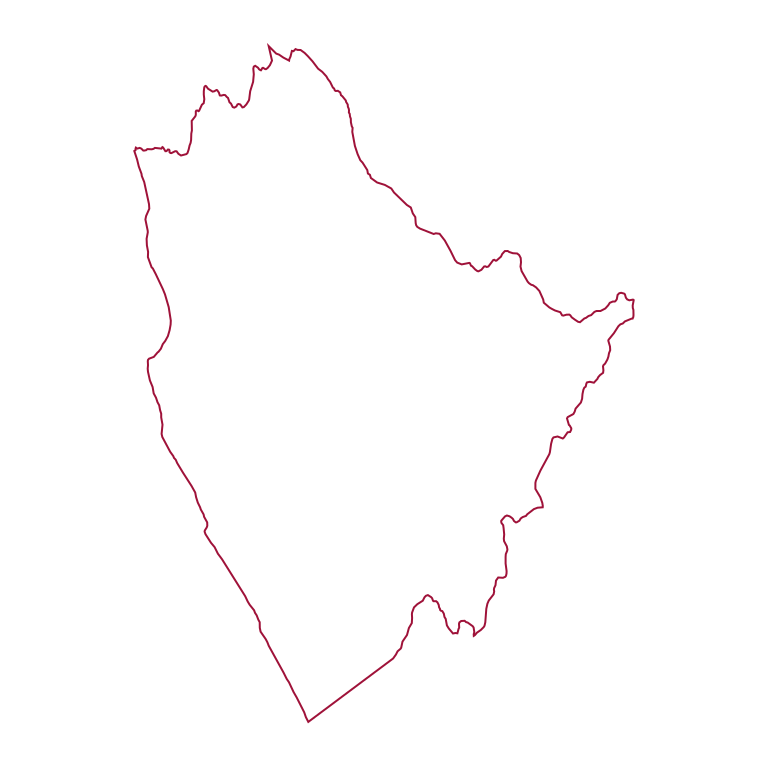 Pacasmayo, La Libertad, Peru
{"feature_id": "86281439B1064179091614", "entity_name": "Pacasmayo", "entity_type": "district", "adm_level": 2, "iso_a3": "PER", "parent_name": "Peru", "parent_adm1": "La Libertad", "projection": "equal_earth", "projection_center": [-79.413, -7.429], "detail": "fine", "context": "isolated", "style": "outline", "palette": "rose", "viewbox_px": 768, "rotation_deg": 0, "n_neighbors": 0, "source": "geoboundaries", "source_scale": "gbopen_adm2", "svg_char_len": 6062}
<svg xmlns="http://www.w3.org/2000/svg" viewBox="0 0 768 768"><path d="M632.6,318.6L633.3,317.0L633.5,315.1L633.4,309.9L632.8,308.0L632.7,305.5L633.7,300.1L633.0,299.6L629.3,300.3L627.2,299.4L625.9,297.7L624.9,294.3L624.1,293.6L621.2,292.8L619.3,293.2L617.6,294.9L616.8,299.2L615.8,300.7L614.9,301.5L612.9,301.5L609.8,302.8L608.2,305.3L605.3,308.5L600.5,311.0L596.5,311.0L594.4,311.9L591.2,315.1L588.5,316.0L586.1,317.8L584.3,318.5L580.0,322.2L578.1,321.8L574.8,319.6L571.7,317.3L570.3,315.3L569.3,314.6L566.5,314.7L563.3,315.6L562.1,315.3L560.3,312.2L555.0,310.5L551.5,308.7L549.3,307.4L543.8,302.7L543.2,299.5L539.4,291.0L536.1,287.4L532.9,285.2L531.3,284.8L529.0,283.2L527.6,281.6L521.6,271.1L520.5,266.6L521.0,262.3L520.7,258.0L519.2,255.1L517.2,253.5L512.8,253.2L509.2,252.0L507.7,251.0L504.8,251.1L502.2,254.0L501.0,256.6L496.5,260.6L495.6,260.7L494.4,259.8L493.3,260.0L488.4,266.5L486.8,267.0L485.2,266.3L484.1,266.5L481.4,269.8L478.5,271.3L477.4,271.1L475.2,269.5L472.1,266.2L471.0,265.7L469.9,263.2L469.3,262.9L461.7,264.4L457.2,262.6L455.1,260.2L450.5,250.8L444.8,240.5L439.6,233.8L435.8,233.3L433.7,234.0L420.0,228.6L417.3,226.9L416.2,225.3L415.7,223.2L415.3,217.1L412.8,213.4L410.8,207.5L406.8,204.9L394.0,192.5L391.3,188.5L384.8,184.9L377.1,182.5L370.9,178.0L369.9,174.8L367.9,173.5L367.3,170.1L362.6,162.7L360.3,160.2L357.6,154.1L354.9,145.9L352.3,131.9L352.6,127.8L351.8,126.4L350.9,122.3L350.8,118.7L350.0,116.5L349.7,113.8L348.9,112.6L349.0,110.2L348.7,108.6L347.9,106.8L347.7,104.5L346.1,101.9L345.8,100.5L342.4,96.3L341.0,95.2L340.2,92.4L337.8,90.8L335.8,91.0L334.8,90.4L334.1,88.5L332.9,87.6L330.1,81.9L327.9,79.1L326.4,76.4L322.2,71.8L318.1,68.7L312.5,61.3L307.9,56.2L304.6,52.9L300.6,50.0L297.5,49.9L295.5,49.1L293.5,51.2L291.9,50.9L290.5,56.6L289.3,59.2L289.1,60.6L283.4,57.6L279.0,54.6L276.2,53.6L268.7,46.1L272.0,60.6L269.9,65.2L267.6,68.0L266.1,69.1L265.2,69.1L263.0,67.8L262.4,68.0L261.0,70.3L260.5,70.2L259.1,69.3L258.0,67.7L255.2,65.8L253.8,66.6L253.3,68.7L253.8,74.3L253.1,81.9L250.2,91.2L249.2,99.2L248.9,100.4L246.3,104.5L243.8,107.1L242.4,107.4L240.3,104.5L238.6,104.0L237.5,104.4L236.3,106.5L234.4,107.6L233.6,107.4L232.7,107.0L231.0,103.6L229.5,102.3L228.0,97.9L226.7,96.9L225.3,95.2L223.9,94.9L221.2,95.6L219.8,95.4L218.9,92.6L217.2,90.2L216.5,90.0L214.2,91.3L212.6,91.6L208.0,88.7L206.2,86.2L205.5,85.9L204.9,86.3L204.3,87.2L203.8,91.2L203.8,94.7L204.3,99.2L203.7,103.2L201.9,104.7L199.1,110.8L198.5,111.2L197.4,110.5L196.3,110.6L195.8,111.4L195.8,114.9L195.3,116.3L191.7,120.9L191.9,130.4L191.3,133.6L191.1,140.0L190.6,142.9L189.6,145.4L188.7,149.4L187.5,153.0L186.4,154.1L181.0,155.5L178.4,153.8L176.6,151.3L175.2,151.2L171.4,153.1L170.4,153.0L169.5,152.1L169.5,150.4L169.1,149.7L168.0,149.5L166.5,151.1L165.4,151.2L163.1,147.5L162.4,147.1L161.4,148.6L154.9,147.9L153.6,148.8L151.8,149.3L147.3,149.1L146.1,150.2L144.0,150.6L143.2,150.5L141.3,148.6L139.7,147.9L137.2,148.6L135.9,147.6L135.6,148.3L135.5,150.2L134.3,151.0L137.1,159.5L138.8,166.5L141.5,173.8L141.8,176.0L144.2,182.0L149.0,204.1L149.3,208.7L146.1,216.0L145.4,219.5L147.7,230.7L147.8,232.3L146.6,238.8L146.9,245.4L148.1,251.9L147.9,257.1L151.6,267.3L152.8,268.4L155.8,274.2L162.9,289.2L165.0,294.4L168.7,307.1L170.8,320.6L170.6,324.6L169.6,330.2L167.9,336.1L165.2,341.0L162.8,344.1L160.9,348.7L158.4,351.9L157.7,352.3L153.8,356.9L149.0,358.7L148.0,359.9L147.8,361.2L148.0,365.2L147.7,368.7L148.0,371.8L149.9,380.4L152.6,387.0L153.7,393.4L156.0,397.7L157.5,402.2L159.2,405.3L160.1,410.2L161.2,413.7L161.2,417.4L162.5,424.7L161.6,433.9L162.3,437.0L170.2,451.8L173.3,456.1L174.0,457.9L175.7,459.7L177.2,463.1L183.0,472.7L191.5,485.9L195.2,492.5L196.1,497.2L197.8,502.6L200.1,507.3L200.8,509.5L203.6,514.4L204.1,516.8L207.2,522.4L207.3,525.8L206.7,527.5L204.8,530.5L204.6,531.7L205.5,534.2L211.0,542.8L214.6,547.1L217.9,553.7L222.0,559.2L245.2,596.2L247.7,601.5L249.7,604.8L254.1,610.3L255.0,612.8L256.7,615.4L258.3,619.6L259.7,622.2L259.8,627.9L260.6,631.7L265.7,639.1L267.4,642.3L268.7,645.7L283.6,672.7L286.7,678.9L289.0,682.3L293.6,692.1L296.7,697.5L304.2,712.3L305.9,717.2L308.3,721.9L393.1,658.5L395.9,654.6L397.6,651.3L400.6,648.7L401.2,647.7L402.5,641.6L407.0,635.0L408.9,628.0L411.8,623.1L412.1,618.0L411.9,614.1L412.1,612.5L414.0,607.4L417.3,604.2L422.8,600.7L424.5,597.3L425.9,595.8L427.9,595.1L431.1,597.1L432.1,598.2L433.0,600.7L433.5,601.2L436.1,601.2L437.4,602.3L438.7,604.9L439.1,607.3L440.0,608.9L440.1,609.9L440.9,610.7L442.3,611.1L443.8,613.6L444.5,617.0L445.7,618.9L446.9,625.4L448.8,628.5L453.0,633.5L455.4,633.0L457.4,633.3L458.6,628.8L459.2,627.7L459.0,623.8L459.4,622.4L461.2,621.0L464.6,620.8L466.2,622.2L467.6,622.5L472.7,626.2L473.6,627.5L474.3,632.0L473.7,634.3L473.8,635.8L475.0,635.0L476.9,632.7L480.8,630.0L483.7,627.1L484.5,625.8L485.3,622.3L486.3,608.8L487.4,603.7L488.8,600.5L493.6,594.3L494.2,591.3L493.9,589.9L494.1,588.2L495.5,585.2L496.0,580.6L498.2,577.5L503.0,577.8L505.3,576.8L506.0,575.8L506.5,573.6L506.6,571.1L505.6,563.5L505.6,557.0L505.8,554.1L507.2,550.7L507.4,549.4L506.8,546.3L504.1,541.2L503.8,538.7L504.2,534.5L503.6,528.2L503.2,525.2L501.5,523.0L501.2,521.8L501.3,520.7L505.0,516.4L506.9,515.5L509.6,516.3L511.6,517.7L512.9,518.9L514.0,521.0L515.8,522.4L516.7,522.3L519.4,520.7L520.7,518.5L522.6,517.1L526.0,515.9L527.2,514.3L533.9,509.1L537.6,507.7L542.7,507.3L542.8,506.0L542.3,502.9L540.3,497.2L535.4,488.9L535.4,482.9L535.9,480.6L540.4,470.6L549.3,454.2L549.9,452.2L551.1,443.8L552.4,438.9L553.5,437.4L557.6,436.5L562.8,438.5L564.0,437.5L567.6,432.3L570.1,432.0L571.2,429.7L571.3,428.3L569.7,425.5L568.9,424.9L567.0,418.4L567.7,417.1L573.4,414.0L574.7,411.6L575.6,408.6L580.9,402.5L582.1,398.8L582.5,394.0L583.4,389.7L584.3,387.7L585.7,386.6L586.4,383.5L587.0,382.4L589.8,381.8L593.9,382.7L597.4,378.9L598.2,377.2L600.0,375.1L603.1,372.8L603.4,370.3L603.0,366.3L603.5,365.1L605.1,363.6L607.4,359.5L608.4,356.6L609.0,353.2L610.2,350.2L610.0,346.5L608.3,340.7L608.6,339.7L613.9,333.2L618.4,326.2L620.4,324.3L622.8,323.5L624.9,321.4L631.7,318.6L632.6,318.6Z" fill="none" stroke="#9f1239" stroke-width="2"/></svg>